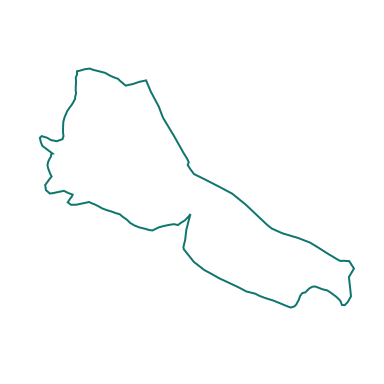 the district of Dokan, As-Sulaymaniyah, Iraq, rotated 168°
{"feature_id": "34846034B72694577895124", "entity_name": "Dokan", "entity_type": "district", "adm_level": 2, "iso_a3": "IRQ", "parent_name": "Iraq", "parent_adm1": "As-Sulaymaniyah", "projection": "albers", "projection_center": [45.03, 35.922], "detail": "fine", "context": "isolated", "style": "outline", "palette": "teal", "viewbox_px": 384, "rotation_deg": 168, "n_neighbors": 0, "source": "geoboundaries", "source_scale": "gbopen_adm2", "svg_char_len": 2087}
<svg xmlns="http://www.w3.org/2000/svg" viewBox="0 0 384 384"><g transform="rotate(168 192 192)"><path d="M328.7,268.1L324.5,263.3L320.3,258.5L321.7,258.5L322.8,255.7L324.2,254.3L326.4,251.5L327.8,248.4L327.8,245.3L327.0,239.8L326.1,236.3L329.5,233.6L331.4,231.8L334.2,229.4L334.2,228.0L334.5,224.2L334.2,223.9L331.4,220.1L328.6,219.8L324.1,219.8L317.1,219.8L312.6,216.3L309.3,214.3L310.4,212.6L312.6,210.8L315.7,207.7L312.9,204.6L307.6,203.6L300.8,203.6L294.7,203.6L293.0,202.2L289.9,200.2L286.0,197.1L283.2,194.6L279.0,191.9L275.1,189.8L270.1,186.7L267.3,185.3L265.0,182.2L261.4,178.4L258.9,174.6L255.2,171.2L251.0,168.4L245.4,165.7L241.5,163.6L238.7,162.6L232.0,164.3L226.7,164.6L221.1,164.6L216.4,164.3L212.5,162.6L209.7,164.0L204.9,165.7L199.9,169.1L198.1,170.7L201.6,163.9L205.5,156.0L208.6,146.7L211.9,139.8L211.9,137.7L204.7,123.2L196.3,113.2L188.2,106.3L183.5,102.1L166.2,89.0L159.5,83.4L151.1,79.3L147.8,76.5L142.5,73.1L135.0,68.9L126.9,63.4L123.3,60.9L119.6,58.5L115.7,58.8L113.5,60.2L109.9,64.4L107.9,67.8L105.1,70.2L102.1,70.2L97.3,73.3L94.0,74.3L91.2,74.0L84.2,69.5L80.3,67.7L77.8,65.3L72.8,59.7L70.9,57.0L69.5,54.6L68.8,50.3L66.1,49.6L62.5,52.0L58.2,56.9L57.4,64.1L56.2,76.2L49.5,83.4L52.6,91.7L58.1,93.2L61.2,93.7L63.6,95.6L72.5,103.9L80.3,111.6L87.0,117.9L97.5,124.8L111.6,132.5L113.1,133.5L117.8,136.9L121.7,139.8L125.3,144.2L142.0,168.4L153.0,182.0L164.0,191.2L177.7,202.4L186.3,209.1L189.0,215.0L190.6,219.3L189.0,221.7L189.7,225.1L192.6,233.3L197.9,250.4L204.9,270.6L206.1,278.0L206.7,282.3L211.5,299.0L213.7,310.7L220.9,310.7L227.3,309.9L234.8,309.9L239.3,315.7L240.8,318.1L244.6,320.4L247.8,322.7L252.2,326.6L257.6,329.3L262.6,331.7L263.7,332.3L266.4,334.0L271.5,334.4L276.5,334.0L279.4,334.0L280.0,330.9L281.9,328.1L282.5,323.9L283.8,319.2L284.7,315.3L284.7,313.0L286.6,309.1L286.9,307.5L288.2,306.0L289.5,304.4L291.7,302.1L294.5,299.7L297.3,297.0L301.1,291.6L303.3,287.3L304.9,281.1L305.8,276.8L306.1,273.3L307.7,270.6L313.7,269.8L319.1,272.1L322.5,275.2L327.3,277.9L329.5,276.7L329.5,272.1L328.7,268.1Z" fill="none" stroke="#0f766e" stroke-width="2"/></g></svg>